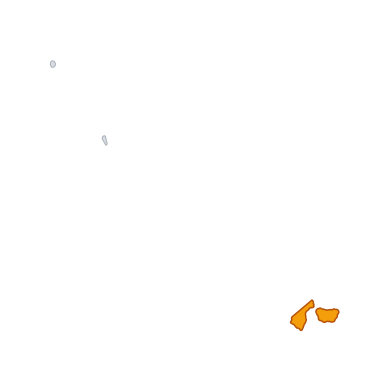 North Thiladhunmathe, Maldives shown in context, rotated 140°
{"feature_id": "70690204B83662482201246", "entity_name": "North Thiladhunmathe", "entity_type": "district", "adm_level": 2, "iso_a3": "MDV", "parent_name": "Maldives", "parent_adm1": "", "projection": "mercator", "projection_center": [72.988, 6.959], "detail": "fine", "context": "in_parent", "style": "filled", "palette": "amber", "viewbox_px": 384, "rotation_deg": 140, "n_neighbors": 0, "source": "geoboundaries", "source_scale": "gbopen_adm2", "svg_char_len": 3992}
<svg xmlns="http://www.w3.org/2000/svg" viewBox="0 0 384 384"><g transform="rotate(140 192 192)"><path d="M226.3,291.0L224.6,291.9L223.0,291.5L222.5,290.4L223.3,288.7L224.6,286.5L225.5,284.1L226.8,282.9L227.9,283.3L227.7,284.6L227.3,286.4L227.0,288.8L226.3,291.0ZM216.9,382.3L214.9,382.5L213.6,380.8L213.9,378.4L215.5,376.7L218.0,376.6L219.5,378.1L218.7,380.4L216.9,382.3Z" fill="#d9dde1" stroke="#a8b0b8" stroke-width="1"/><path d="M195.8,32.0L196.0,31.7L196.5,31.5L196.7,31.4L197.0,31.2L197.4,30.6L197.5,30.4L197.5,30.1L197.7,29.9L198.2,29.6L198.6,29.5L199.1,29.4L199.5,29.3L199.9,29.1L200.3,28.7L200.5,28.3L200.4,27.9L200.3,27.5L200.0,26.7L199.8,26.3L199.6,25.9L199.4,25.5L199.2,25.0L199.1,24.6L199.1,24.3L199.2,23.9L199.2,23.4L199.2,23.0L199.2,22.6L199.2,22.1L199.2,21.7L199.2,21.2L199.1,20.8L199.1,20.4L198.9,20.2L198.7,19.9L198.4,19.7L198.2,19.3L197.9,18.7L197.7,18.3L197.6,17.9L197.6,17.6L197.7,17.3L197.8,17.0L197.8,16.8L197.8,16.6L197.6,16.5L197.5,16.2L197.3,15.8L196.9,15.6L196.4,15.6L195.7,15.9L195.2,16.2L194.9,16.3L194.4,16.5L194.2,16.6L193.8,16.9L193.4,17.1L193.0,17.3L192.5,17.6L192.0,17.9L191.3,18.4L190.7,18.5L190.1,18.7L189.5,18.8L189.2,19.0L188.5,19.4L187.9,19.6L187.5,19.9L187.1,20.3L186.6,20.7L186.3,21.2L186.2,21.5L185.9,22.1L185.6,22.6L185.2,23.1L185.0,23.5L184.7,23.8L184.3,24.4L184.1,24.9L183.8,25.3L183.3,25.7L183.1,26.0L182.8,26.3L182.3,26.6L181.8,26.7L181.4,26.9L181.0,27.0L180.8,27.0L180.5,27.0L179.8,27.0L179.2,27.0L178.7,27.0L178.2,26.9L177.7,27.1L177.1,27.3L176.6,27.4L176.2,27.3L175.7,27.2L175.3,27.0L175.1,26.8L174.8,26.5L174.4,26.2L173.9,26.0L173.5,25.8L173.0,25.7L172.7,25.7L172.3,25.8L172.0,26.3L171.9,26.8L171.9,27.0L171.6,27.1L171.3,27.1L170.9,27.5L170.8,28.0L170.6,28.6L170.5,29.0L170.1,29.4L169.8,29.7L169.5,30.3L169.4,30.8L169.4,31.2L169.4,31.4L169.4,31.7L169.5,31.9L169.6,32.1L195.8,32.0ZM176.9,12.8L176.9,12.4L176.9,12.2L176.9,11.9L176.7,11.7L176.6,11.4L176.3,10.9L176.1,10.8L175.9,10.6L175.8,10.4L175.7,10.1L175.6,9.8L175.5,9.7L175.4,9.5L175.3,9.3L175.3,9.1L175.3,8.8L175.2,8.6L175.1,8.2L175.0,7.9L174.7,7.6L174.5,7.4L174.4,7.2L174.0,7.0L173.8,6.8L173.4,6.7L173.1,6.5L172.8,6.4L172.5,6.3L171.9,6.1L171.4,5.9L171.1,5.7L170.8,5.4L170.7,5.1L170.4,4.8L170.0,4.5L169.7,4.2L169.5,3.8L169.4,3.5L169.1,3.3L169.0,3.1L168.8,2.9L168.7,2.7L168.2,2.3L167.9,2.1L167.5,1.9L167.2,1.7L166.7,1.6L166.4,1.5L166.0,1.5L165.5,1.7L165.3,1.7L165.0,1.9L164.8,2.0L164.6,2.2L164.5,2.3L164.4,2.4L164.2,2.5L163.8,2.6L163.4,2.6L163.1,2.6L162.9,2.6L162.6,2.6L162.3,2.7L162.1,2.7L161.8,2.7L161.6,2.8L161.4,2.9L161.0,3.1L160.8,3.2L160.6,3.4L160.4,3.5L160.2,3.7L160.0,3.9L159.9,4.1L159.7,4.3L159.5,4.5L159.4,4.6L159.1,4.7L158.9,4.7L158.7,4.7L158.4,4.8L158.1,4.9L157.8,4.9L157.5,5.0L157.2,5.2L157.0,5.4L156.7,5.7L156.5,5.9L156.4,6.2L156.3,6.5L156.2,6.8L156.1,7.2L156.2,7.6L156.2,7.9L156.2,8.3L156.4,8.5L156.5,8.7L156.7,9.0L156.8,9.2L157.0,9.3L157.2,9.5L157.5,9.7L157.6,9.8L157.7,10.0L157.8,10.2L157.9,10.4L158.0,10.7L158.1,10.9L158.3,11.1L158.5,11.2L158.7,11.3L159.0,11.4L159.3,11.4L159.5,11.4L159.7,11.5L160.1,11.6L160.5,11.7L160.7,12.0L160.9,12.4L161.2,12.7L161.4,12.8L161.7,13.0L162.0,13.2L162.3,13.3L162.6,13.6L162.9,13.8L163.1,13.9L163.3,14.1L163.5,14.2L163.7,14.3L163.8,14.4L164.2,14.6L164.4,14.6L164.7,14.7L164.7,14.9L164.9,15.2L165.0,15.4L165.2,15.7L165.4,15.9L165.6,16.1L165.8,16.3L165.9,16.5L166.1,17.0L166.2,17.3L166.4,17.6L166.7,17.9L166.9,18.0L167.1,18.2L167.3,18.3L167.4,18.5L167.5,18.8L167.8,19.0L167.9,19.5L168.0,19.7L168.1,20.3L168.4,20.6L168.6,20.8L168.8,20.9L169.1,20.9L169.4,21.0L169.5,21.2L169.7,21.3L170.0,21.5L170.6,21.6L170.8,21.7L171.2,21.8L171.6,21.8L172.0,21.7L172.5,21.7L172.8,21.6L173.0,21.3L173.3,21.2L173.6,20.9L173.8,20.8L174.0,20.6L174.0,20.4L174.1,20.2L174.4,19.8L174.5,19.4L174.6,19.1L174.7,18.8L174.9,18.4L175.0,18.1L175.0,17.8L175.1,17.5L175.0,17.2L175.1,16.8L175.1,16.3L175.3,15.7L175.5,15.3L175.8,14.8L176.0,14.4L176.2,14.1L176.4,14.0L176.5,13.7L176.7,13.4L176.9,13.1L176.9,12.8Z" fill="#f59e0b" stroke="#b45309" stroke-width="1.5"/></g></svg>